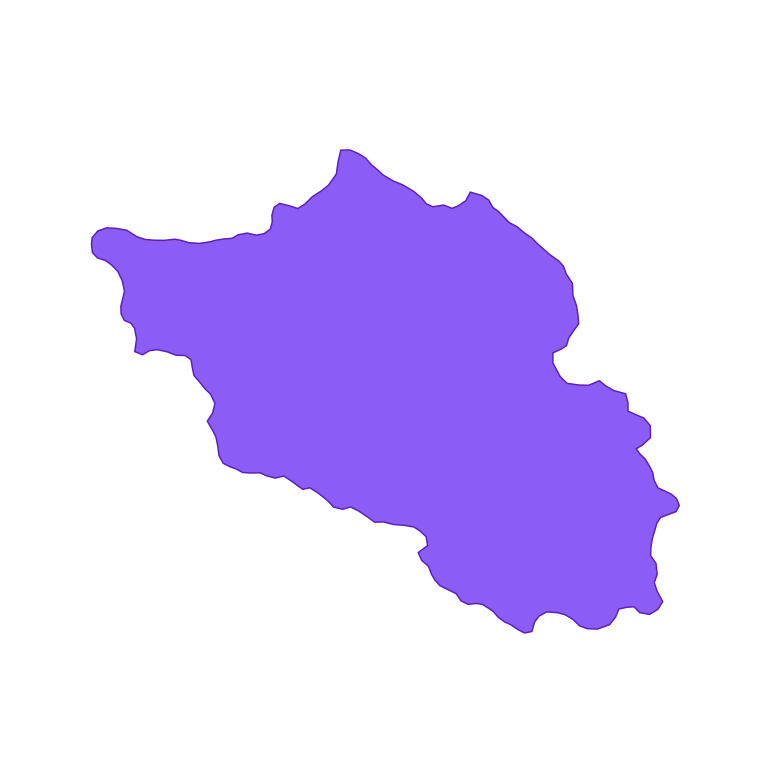 Conceição da Aparecida, Minas Gerais, Brazil, rotated 188°
{"feature_id": "56859067B12007549634062", "entity_name": "Conceição da Aparecida", "entity_type": "district", "adm_level": 2, "iso_a3": "BRA", "parent_name": "Brazil", "parent_adm1": "Minas Gerais", "projection": "albers", "projection_center": [-46.222, -21.097], "detail": "fine", "context": "isolated", "style": "filled", "palette": "violet", "viewbox_px": 768, "rotation_deg": 188, "n_neighbors": 0, "source": "geoboundaries", "source_scale": "gbopen_adm2", "svg_char_len": 2778}
<svg xmlns="http://www.w3.org/2000/svg" viewBox="0 0 768 768"><g transform="rotate(188 384 384)"><path d="M688.6,495.8L693.3,488.4L693.1,481.6L691.0,473.6L685.4,469.0L677.3,467.6L670.7,464.2L663.3,458.5L657.7,450.0L653.9,439.9L654.7,431.2L655.4,424.5L654.1,416.9L650.0,410.8L643.2,409.0L638.7,404.4L635.3,394.4L635.3,381.4L627.2,379.3L621.0,384.3L613.8,386.4L603.9,385.8L594.1,383.6L584.8,384.5L578.5,381.3L576.2,373.9L573.4,366.0L566.4,359.9L560.8,354.5L554.4,349.9L548.7,341.2L549.7,331.3L553.8,322.6L547.4,314.4L543.1,308.3L540.1,299.7L537.4,290.0L532.3,283.2L525.3,280.7L518.4,279.2L511.6,276.7L503.0,277.4L494.5,278.8L487.2,276.7L478.7,275.7L470.4,278.9L461.8,274.8L455.4,271.3L449.8,268.4L443.0,270.9L434.3,267.0L424.0,260.9L416.7,255.1L407.6,254.2L400.1,257.6L391.9,254.9L381.9,250.1L374.1,245.9L365.3,247.3L355.0,246.2L343.7,246.9L334.3,246.5L328.3,243.7L321.0,238.7L318.3,230.0L326.6,221.9L322.2,214.6L314.5,209.6L310.2,201.8L305.9,196.5L300.5,192.1L292.8,189.5L283.4,186.4L277.4,179.9L270.0,177.5L262.7,179.4L256.1,179.6L249.7,176.7L244.2,173.9L238.6,169.1L231.5,165.2L225.3,163.4L217.2,159.5L210.2,157.0L203.1,159.5L201.8,169.1L198.2,175.7L191.1,181.0L180.0,181.7L172.4,180.7L164.0,177.1L156.6,171.7L148.6,170.0L138.6,171.0L127.1,177.1L122.2,185.4L120.1,193.9L112.1,196.8L105.3,198.2L99.1,193.2L89.0,192.8L81.4,199.0L77.7,207.3L84.6,216.6L88.7,224.8L87.0,233.5L89.7,244.2L96.0,251.0L97.0,259.8L96.8,268.2L95.5,276.5L94.5,284.0L91.5,290.4L85.1,293.9L77.0,298.3L74.7,304.7L78.3,311.1L83.8,314.7L90.7,317.0L98.4,319.3L103.1,326.2L105.6,333.7L109.5,339.4L114.8,346.0L120.6,350.2L125.3,354.9L119.3,359.8L112.6,368.1L114.6,379.9L122.0,386.5L130.2,388.6L138.6,391.1L139.8,399.3L143.3,407.9L155.0,409.4L163.5,412.6L171.2,417.2L181.2,411.2L190.8,410.1L202.8,410.1L210.5,415.8L215.0,421.9L219.7,428.4L221.0,438.4L213.3,443.3L208.6,447.4L207.5,455.2L204.2,462.0L199.6,470.7L201.6,479.6L204.3,488.3L209.3,498.2L211.4,509.8L219.0,518.6L222.7,525.6L227.8,530.0L237.8,535.2L244.3,539.5L250.7,543.7L258.4,549.4L266.2,553.3L273.8,558.1L282.5,561.3L289.3,566.6L294.5,570.7L301.0,574.1L305.9,580.7L313.2,584.2L325.2,586.0L328.6,576.7L335.6,570.5L341.1,567.4L349.7,569.5L360.4,566.3L367.4,568.4L372.4,573.2L381.1,578.7L393.1,583.8L403.1,586.3L413.9,590.8L419.9,595.0L426.9,599.3L433.9,605.3L441.6,608.6L450.2,611.0L459.3,609.6L460.4,597.5L460.4,585.3L466.6,573.2L472.8,566.6L481.0,559.5L487.1,551.5L493.7,545.8L503.4,547.4L512.5,548.3L517.4,543.7L518.5,535.5L517.2,529.1L518.2,521.5L523.8,516.1L531.3,513.6L540.5,514.4L549.2,511.5L554.6,507.2L562.7,505.3L569.7,503.3L576.3,500.5L586.4,497.5L597.5,496.8L604.7,498.0L611.1,498.3L621.4,495.7L631.6,494.4L640.6,493.9L649.3,495.5L660.2,500.5L670.0,500.8L680.3,500.1L688.6,495.8Z" fill="#8b5cf6" stroke="#5b21b6" stroke-width="1.5"/></g></svg>